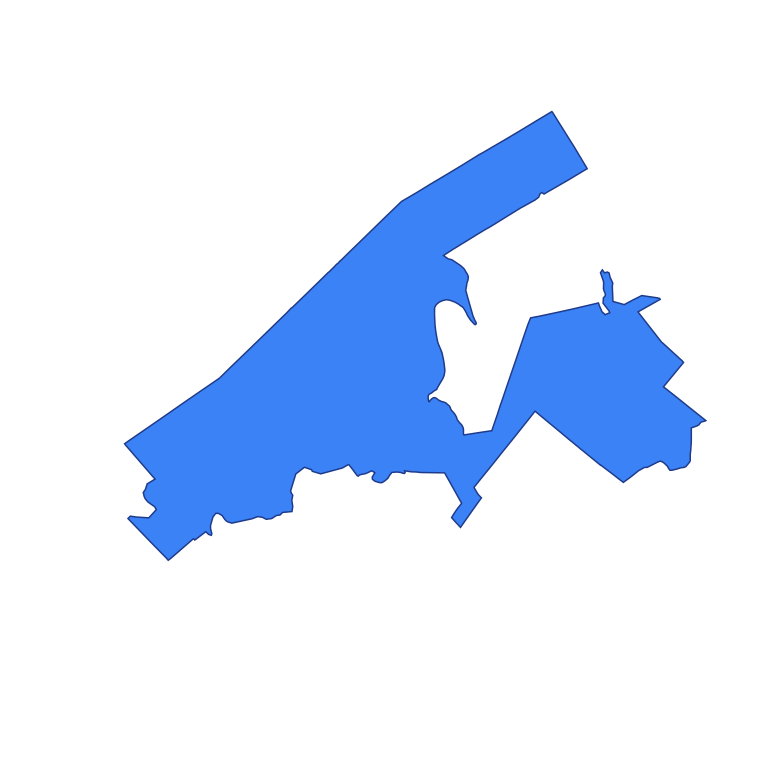 the district of Dumbraveni, Constanta, Romania, rotated 68°
{"feature_id": "2599482B4810903982325", "entity_name": "Dumbraveni", "entity_type": "district", "adm_level": 2, "iso_a3": "ROU", "parent_name": "Romania", "parent_adm1": "Constanta", "projection": "albers", "projection_center": [27.999, 43.926], "detail": "fine", "context": "isolated", "style": "filled", "palette": "blue", "viewbox_px": 768, "rotation_deg": 68, "n_neighbors": 0, "source": "geoboundaries", "source_scale": "gbopen_adm2", "svg_char_len": 5431}
<svg xmlns="http://www.w3.org/2000/svg" viewBox="0 0 768 768"><g transform="rotate(68 384 384)"><path d="M342.2,646.9L343.9,646.5L385.9,632.1L386.4,631.9L387.9,641.0L392.4,644.8L394.5,647.9L398.6,648.5L400.9,648.4L404.9,647.1L408.7,644.7L411.9,642.6L415.2,642.2L420.0,652.2L414.4,663.8L411.5,668.7L412.8,671.8L443.3,659.5L449.1,657.1L453.7,655.2L455.9,654.3L458.1,653.4L463.6,651.1L466.6,650.1L465.7,646.8L456.1,618.8L457.2,617.9L457.8,617.8L454.2,604.6L457.8,602.9L459.6,600.8L458.3,599.7L453.2,599.0L450.1,597.8L448.6,596.6L443.2,592.4L440.9,588.5L441.9,586.0L445.4,583.3L449.6,582.4L451.5,581.8L453.2,580.6L456.0,577.2L459.5,556.9L459.6,553.4L459.6,550.9L462.0,546.7L465.3,543.9L466.7,538.5L465.6,533.0L466.5,529.5L465.1,526.1L467.8,517.1L463.4,514.5L457.4,513.1L453.0,510.3L450.5,510.8L448.1,510.6L434.4,499.5L431.4,489.0L436.4,483.2L438.1,483.2L443.6,476.3L446.3,454.0L445.4,447.5L445.9,446.7L447.0,446.4L451.9,445.0L456.3,443.9L458.9,443.2L459.8,442.4L459.1,440.7L459.3,439.4L459.9,436.0L460.2,435.0L460.1,432.2L459.9,427.9L462.8,425.7L465.9,429.8L468.1,430.4L470.9,428.7L473.9,424.9L474.7,422.9L474.2,419.7L472.9,415.8L470.9,413.3L468.9,409.8L470.4,405.1L472.1,401.9L473.9,399.8L474.6,398.5L474.0,397.6L472.2,397.4L475.7,391.5L477.6,387.2L480.0,382.7L486.9,366.3L488.9,361.5L489.3,361.1L489.6,361.0L503.0,359.3L503.3,359.3L506.9,358.8L516.7,357.6L523.5,356.7L523.8,356.9L525.3,359.5L526.7,362.1L527.0,362.5L528.2,364.4L529.9,366.9L530.5,367.8L533.2,371.4L539.0,369.3L545.6,366.8L534.1,349.0L527.3,338.3L526.1,336.3L522.4,337.8L521.0,338.2L515.8,339.0L513.7,339.3L513.5,339.2L507.0,327.6L499.9,314.7L492.1,300.9L484.6,287.4L484.5,287.2L476.3,272.7L470.9,263.1L470.8,262.9L465.8,254.2L466.0,254.1L466.4,253.8L476.1,248.6L493.3,239.3L504.4,233.4L515.7,227.2L517.7,226.2L519.6,225.1L526.7,221.2L540.0,213.9L539.9,213.8L540.1,213.6L550.3,207.5L554.2,205.2L559.4,202.2L564.9,198.9L564.5,197.5L564.0,195.4L563.1,191.8L561.6,186.5L559.8,180.6L558.9,173.8L559.9,171.2L559.8,170.1L559.4,165.0L559.0,160.7L558.9,157.0L560.4,155.1L562.6,153.7L566.3,152.1L569.3,151.7L571.1,151.2L571.7,149.7L572.1,147.6L572.7,142.9L572.8,140.5L573.2,139.0L573.7,137.0L573.7,135.1L572.9,133.6L571.5,131.0L571.1,130.2L570.6,129.5L569.4,128.6L563.9,126.4L560.9,124.7L552.4,120.6L539.8,115.5L540.0,112.1L540.1,109.4L539.8,107.3L539.6,107.3L538.1,104.2L538.6,100.0L538.5,99.3L527.8,105.3L521.1,109.1L507.7,116.6L491.3,125.9L477.7,100.9L476.2,98.2L473.9,99.0L470.2,100.8L467.8,101.9L465.4,103.1L450.7,110.1L449.6,110.8L448.7,111.1L430.9,116.2L412.3,121.5L409.9,103.3L409.0,96.2L408.5,96.3L407.9,96.4L406.5,98.3L402.4,105.3L398.6,111.8L398.6,112.3L399.3,121.4L399.8,126.4L400.4,131.5L393.2,140.8L378.9,135.7L376.2,134.1L369.5,134.4L367.4,134.0L365.3,133.7L363.8,135.1L363.6,137.9L360.0,138.8L361.9,141.6L363.8,141.7L370.5,142.0L372.6,142.5L377.8,144.8L380.3,145.1L382.1,145.0L384.0,145.2L385.3,146.2L386.3,148.3L391.1,150.6L400.4,148.0L402.5,148.0L402.5,153.2L401.1,153.6L398.9,154.8L391.5,155.0L389.2,154.8L385.0,181.8L382.6,196.0L379.4,214.2L377.6,223.3L378.1,223.8L378.7,224.4L380.9,226.5L383.1,228.6L392.4,236.7L410.7,252.4L430.1,269.2L441.7,279.2L447.5,284.3L454.6,290.2L467.5,301.4L467.7,301.5L464.7,313.9L461.2,328.9L460.8,329.1L460.4,329.1L458.5,328.4L456.1,327.4L454.6,327.1L453.0,327.0L451.0,327.3L448.2,328.4L446.6,328.9L444.6,329.4L443.4,329.4L441.9,329.2L439.2,329.5L436.9,330.1L434.7,330.9L433.2,331.4L432.5,331.5L430.1,331.4L429.2,331.5L427.6,332.3L425.0,333.6L424.6,333.9L423.6,334.8L423.1,335.4L422.3,336.5L421.3,337.7L420.0,338.9L418.7,339.8L416.8,340.9L416.1,341.5L415.7,342.1L415.5,342.5L415.3,343.4L415.3,344.0L415.7,345.4L416.3,346.9L417.3,348.5L417.2,348.8L416.9,349.1L415.8,348.9L414.2,348.5L412.4,347.9L411.6,347.4L411.0,346.7L410.3,346.0L410.2,343.6L410.0,342.8L409.2,340.3L408.8,337.2L408.6,337.0L407.4,335.8L404.4,331.9L401.4,327.9L398.9,325.3L396.3,323.6L393.8,322.3L386.7,320.4L382.4,319.5L378.4,318.8L376.4,318.5L373.0,318.5L367.3,318.6L364.6,318.4L362.1,317.9L355.0,316.4L348.4,314.6L338.7,311.2L332.2,308.5L329.9,305.7L328.8,302.2L328.6,298.7L329.2,294.6L330.1,293.1L331.0,291.6L334.6,287.6L336.9,285.8L338.0,284.9L339.8,283.9L342.4,282.1L344.5,281.6L346.6,281.3L348.9,281.0L351.9,280.9L356.5,280.0L357.5,279.7L358.6,279.3L362.7,277.7L363.2,277.0L363.0,276.4L362.3,275.7L361.1,275.6L358.8,275.9L354.3,276.0L335.3,274.0L328.7,273.2L327.7,273.1L324.1,270.8L321.4,269.3L321.1,269.0L319.7,267.7L317.9,266.5L316.0,265.6L313.3,265.6L311.2,266.0L307.1,266.6L303.1,268.5L297.6,272.2L294.5,274.3L293.5,275.4L292.2,277.5L287.2,280.7L286.9,279.5L285.1,270.3L283.3,259.7L281.8,250.7L280.3,242.0L278.9,233.4L277.8,225.4L272.0,191.7L270.0,175.1L268.8,170.7L266.1,168.0L265.6,165.9L267.8,164.5L267.4,161.9L264.1,138.1L262.8,129.8L261.5,121.6L260.5,115.3L260.5,115.0L260.2,115.0L258.0,115.3L236.9,118.6L236.7,118.6L229.0,120.0L202.5,124.7L195.6,125.9L194.3,126.3L194.4,127.2L197.1,144.4L199.7,160.2L202.4,177.6L204.5,192.1L205.2,196.9L206.0,202.2L206.5,205.6L206.9,209.7L210.4,229.8L213.1,246.7L216.0,265.7L218.8,282.4L221.3,299.4L229.4,319.5L237.5,339.3L245.6,359.1L248.8,367.0L253.0,377.1L253.5,378.8L255.0,381.7L255.1,382.8L255.5,383.7L257.0,387.0L259.5,393.0L259.7,393.9L263.0,401.9L265.7,408.4L270.3,419.7L278.4,439.6L278.9,441.7L281.7,447.8L286.5,459.6L294.7,479.7L302.9,499.9L310.9,519.8L316.9,534.2L321.6,555.5L326.3,576.6L331.1,597.6L335.9,618.9L340.7,640.5L342.2,646.9Z" fill="#3b82f6" stroke="#1e3a8a" stroke-width="1.5"/></g></svg>